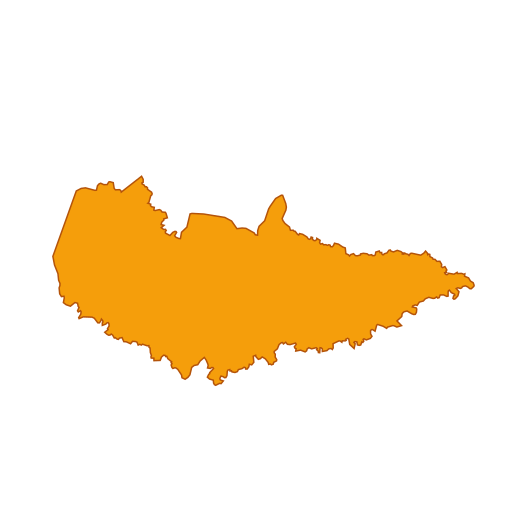 outline of Rio Brilhante, Mato Grosso do Sul, Brazil, rotated 342°
{"feature_id": "56859067B58900206343132", "entity_name": "Rio Brilhante", "entity_type": "district", "adm_level": 2, "iso_a3": "BRA", "parent_name": "Brazil", "parent_adm1": "Mato Grosso do Sul", "projection": "mercator", "projection_center": [-54.465, -21.65], "detail": "fine", "context": "isolated", "style": "filled", "palette": "amber", "viewbox_px": 512, "rotation_deg": 342, "n_neighbors": 0, "source": "geoboundaries", "source_scale": "gbopen_adm2", "svg_char_len": 6118}
<svg xmlns="http://www.w3.org/2000/svg" viewBox="0 0 512 512"><g transform="rotate(342 256 256)"><path d="M451.4,342.5L448.1,339.7L449.1,337.5L448.0,337.6L446.2,336.1L442.1,334.9L442.2,333.7L438.7,334.5L433.8,331.9L432.4,332.8L431.2,332.5L430.4,331.4L430.3,330.2L432.2,330.5L431.9,329.1L433.2,328.3L432.4,324.5L429.9,324.7L429.0,323.5L430.0,321.4L429.2,317.8L426.4,317.0L425.2,314.5L423.4,313.8L423.3,312.4L421.2,310.3L421.8,308.2L420.8,307.5L419.7,307.8L419.9,306.3L418.8,303.7L416.4,305.2L412.9,306.1L405.0,301.5L403.6,301.3L401.7,302.8L401.0,301.3L399.0,300.1L398.5,299.2L397.4,298.8L397.1,299.9L395.7,299.3L396.2,298.1L395.2,296.6L392.1,294.3L388.0,294.6L385.9,293.1L385.6,291.8L384.3,291.6L381.4,293.6L378.7,293.5L377.8,294.2L376.8,293.9L376.3,292.8L376.6,291.5L375.0,291.1L374.8,289.3L371.1,289.3L369.8,291.8L368.6,292.2L366.7,291.6L366.5,290.5L363.7,290.1L362.3,288.2L358.9,286.6L356.1,286.3L355.6,287.3L352.2,287.1L350.6,286.3L349.5,283.9L346.6,283.9L345.0,284.9L344.3,283.4L342.2,281.5L343.4,275.9L341.2,274.2L338.1,270.2L334.6,268.1L332.9,270.0L331.4,270.8L329.8,270.1L329.9,268.7L328.8,267.8L327.1,267.9L326.0,266.8L323.7,266.2L323.1,264.7L321.1,264.6L320.6,263.0L321.8,260.9L319.3,258.0L318.9,259.1L317.0,259.7L316.0,259.3L314.8,257.6L315.5,255.9L314.3,255.0L313.3,256.4L312.1,256.7L311.0,255.9L310.3,253.6L307.1,249.8L304.3,248.1L303.1,249.2L302.2,248.3L300.9,244.6L299.9,244.2L299.4,243.0L296.7,242.2L296.8,238.8L293.6,234.0L292.5,230.5L292.5,228.4L298.6,221.6L300.0,218.9L300.5,215.3L300.1,206.5L298.9,206.0L292.4,207.4L285.1,212.9L282.6,215.1L275.1,225.2L268.1,228.7L265.5,232.3L263.9,236.7L261.9,235.6L261.4,233.5L255.0,226.6L251.4,225.1L246.3,224.1L243.6,215.2L238.3,209.7L219.2,199.9L208.2,195.7L206.3,195.6L199.2,207.2L192.5,210.4L189.5,216.1L188.1,215.6L185.5,213.3L184.9,211.6L187.8,209.0L187.5,208.0L186.5,207.5L184.2,207.8L180.5,209.9L177.0,206.3L177.3,204.7L178.5,204.1L178.2,202.7L176.4,202.2L174.6,199.8L178.0,198.4L175.5,196.8L176.8,194.7L179.5,193.3L179.7,192.2L183.5,192.3L183.6,187.7L183.3,186.4L180.3,185.2L179.5,183.0L178.4,182.0L174.1,181.6L173.0,180.8L174.3,178.3L171.9,176.9L171.2,175.5L171.9,174.2L169.5,172.4L170.6,172.0L174.5,166.2L175.9,165.6L176.5,164.6L176.4,163.0L173.4,159.0L173.9,157.7L173.2,156.3L171.9,155.9L171.6,154.1L169.9,152.2L170.2,151.1L171.5,151.0L172.4,148.2L171.8,144.8L147.6,153.6L147.7,152.3L146.9,150.8L142.7,149.6L142.0,147.9L142.9,142.1L140.0,140.2L138.8,140.1L136.6,142.1L133.3,141.1L130.8,138.8L129.1,138.9L127.0,140.1L124.6,144.1L123.1,143.8L114.9,138.5L110.6,137.7L105.2,138.6L62.7,193.6L61.6,202.3L62.2,211.6L60.8,218.0L61.1,221.5L60.4,223.5L58.9,225.5L57.6,231.3L58.4,234.5L60.9,234.9L60.7,236.6L58.4,240.8L60.4,243.7L64.0,246.4L69.4,244.3L71.7,245.8L71.3,249.1L71.8,250.2L69.3,253.0L69.7,254.3L72.2,253.8L72.4,255.0L71.4,257.2L68.3,259.8L68.4,260.9L72.9,260.5L81.2,263.5L83.0,265.2L84.9,270.7L86.3,271.2L88.1,270.0L89.5,268.2L90.2,269.9L90.1,271.4L89.1,272.2L88.4,274.5L92.2,274.3L93.7,273.5L94.9,273.7L95.2,275.1L94.6,277.2L92.3,279.2L92.6,280.3L88.6,281.8L90.1,284.4L91.4,285.8L92.7,286.1L94.2,285.5L95.2,286.9L95.9,290.2L96.9,290.2L98.3,292.2L99.4,292.8L100.7,291.9L103.4,292.2L103.8,296.6L106.1,297.5L109.6,300.7L112.2,299.0L115.1,300.2L116.2,301.2L116.4,304.3L118.2,304.1L119.4,305.3L120.8,304.8L124.8,307.8L126.4,308.1L126.1,309.8L126.8,310.8L125.7,315.2L125.8,318.2L124.9,319.5L124.8,320.7L127.3,321.6L126.6,324.0L132.6,325.7L134.9,322.9L137.5,321.8L138.8,322.4L139.0,323.7L140.1,323.7L140.4,326.4L143.1,330.6L142.3,331.2L142.8,332.5L141.6,333.4L141.6,336.0L142.2,337.3L144.3,337.2L145.3,337.8L146.6,339.6L148.4,346.1L148.0,348.9L150.5,351.3L153.7,350.4L156.4,348.6L160.4,342.1L163.3,341.0L167.0,341.4L170.4,338.6L175.5,336.5L176.4,339.5L176.8,343.7L176.7,345.3L175.3,347.5L177.9,348.9L179.2,348.3L180.6,348.8L180.9,349.9L175.9,352.6L175.6,353.6L174.5,353.9L172.3,356.2L173.8,358.7L177.0,360.9L176.4,363.8L176.7,365.5L177.7,366.5L181.9,365.9L183.4,366.6L186.3,364.7L183.8,362.9L183.6,361.7L184.5,360.4L185.6,359.4L187.6,360.7L188.4,362.0L189.8,362.3L191.4,360.8L193.1,356.7L194.1,355.8L196.0,355.9L195.8,357.4L197.2,357.6L197.3,358.8L200.0,360.3L202.6,360.2L204.1,358.6L207.9,358.8L210.3,358.1L211.4,358.9L211.2,360.3L212.7,360.8L214.9,359.2L216.2,356.9L218.3,358.2L221.1,356.4L222.4,350.5L225.0,350.3L224.8,351.7L226.3,355.0L228.4,355.0L230.7,353.9L233.1,356.7L234.7,361.0L234.6,363.0L236.1,363.1L237.1,364.3L239.0,364.2L240.0,362.6L243.1,362.1L243.7,361.0L243.0,358.1L244.0,355.3L243.4,353.7L243.8,352.4L247.6,350.9L250.6,347.3L253.3,346.3L254.5,346.5L254.9,348.1L257.6,347.2L258.6,349.7L261.0,350.8L266.7,351.0L267.0,352.4L264.4,354.2L264.5,355.6L265.5,356.5L264.4,358.7L269.3,359.3L273.1,362.4L274.9,361.8L275.8,360.3L277.9,359.5L280.2,361.5L284.9,361.8L285.7,363.0L284.7,363.8L285.8,365.7L285.5,367.1L286.7,367.7L288.6,363.0L289.6,363.5L290.4,364.8L289.6,367.3L294.2,367.9L296.5,366.8L298.9,367.2L299.7,368.5L301.0,367.3L302.2,363.2L308.5,362.4L309.6,362.7L311.0,364.6L311.8,363.3L314.6,364.3L315.7,364.1L315.5,363.0L317.7,362.6L318.6,363.6L317.8,369.1L320.7,374.3L323.2,370.1L322.4,368.4L323.4,367.9L325.4,368.8L325.0,371.9L326.6,372.9L328.1,373.0L330.2,370.3L330.9,371.2L332.2,370.3L332.1,368.4L333.1,368.1L335.0,369.9L339.3,369.7L341.5,368.2L340.9,365.6L341.8,362.5L343.0,361.7L344.1,362.0L346.0,364.3L349.4,359.1L350.5,358.7L355.2,362.1L357.9,365.2L359.1,364.3L364.3,364.4L365.6,364.9L368.0,367.1L372.9,367.2L370.0,361.3L375.9,358.6L377.2,356.0L378.2,355.4L379.5,354.8L382.7,355.0L386.3,359.1L388.0,360.4L389.5,360.7L391.2,359.1L392.5,356.1L392.3,354.8L388.9,352.8L389.6,351.9L392.3,351.7L394.0,352.8L397.1,350.3L401.3,350.5L403.8,349.0L407.6,348.7L411.3,351.1L412.9,351.4L415.1,350.7L415.8,352.2L417.3,352.2L419.1,350.0L422.3,350.9L425.0,353.4L426.3,353.5L427.6,349.6L428.3,348.5L429.4,348.2L430.4,351.1L433.1,353.8L432.9,354.8L431.6,355.0L430.2,357.2L430.9,358.3L432.4,358.2L435.7,356.3L438.0,352.7L436.4,348.8L438.2,348.6L440.3,350.0L441.7,349.9L443.0,348.9L445.9,349.1L447.8,350.8L449.3,353.2L450.6,353.7L453.8,352.2L454.4,351.2L454.3,348.5L452.2,346.1L451.4,342.5Z" fill="#f59e0b" stroke="#b45309" stroke-width="1.5"/></g></svg>